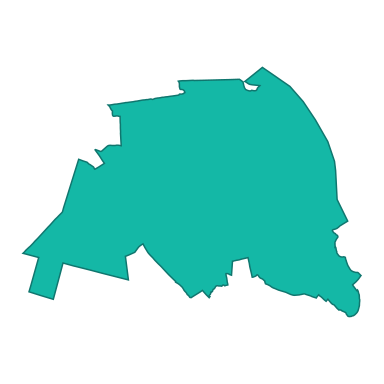 the district of Falcoiu, Olt, Romania
{"feature_id": "2599482B90480034869987", "entity_name": "Falcoiu", "entity_type": "district", "adm_level": 2, "iso_a3": "ROU", "parent_name": "Romania", "parent_adm1": "Olt", "projection": "orthographic", "projection_center": [24.388, 44.224], "detail": "fine", "context": "isolated", "style": "filled", "palette": "teal", "viewbox_px": 384, "rotation_deg": 0, "n_neighbors": 0, "source": "geoboundaries", "source_scale": "gbopen_adm2", "svg_char_len": 5963}
<svg xmlns="http://www.w3.org/2000/svg" viewBox="0 0 384 384"><path d="M345.8,312.7L346.4,314.2L346.9,314.8L347.4,315.6L347.6,315.8L347.9,316.2L348.3,316.4L349.3,316.6L351.3,316.4L352.3,315.9L353.4,315.7L353.9,315.4L355.0,314.6L356.6,313.0L357.2,312.2L357.9,311.0L358.1,310.5L358.5,309.2L359.4,305.6L359.5,302.9L359.7,301.1L359.7,300.2L359.7,299.6L359.5,299.0L359.4,298.7L359.3,295.8L359.2,294.8L358.7,293.5L358.1,291.1L357.5,290.0L356.9,290.7L356.3,290.0L352.9,285.4L352.6,284.8L355.9,281.9L358.1,279.5L359.1,278.2L361.0,275.5L360.4,275.1L360.0,274.5L359.0,273.6L358.6,273.1L358.0,272.6L357.4,272.4L355.7,272.4L353.2,271.7L351.9,271.0L351.2,270.6L350.9,270.3L349.9,269.0L347.8,265.4L347.5,264.6L346.9,262.9L346.5,261.8L346.3,260.9L345.9,260.0L345.8,259.4L345.6,259.0L345.4,257.6L345.3,257.4L345.1,257.2L344.6,257.0L343.5,256.8L342.7,257.0L341.9,257.0L341.1,256.9L339.8,256.4L338.9,255.8L337.7,254.2L336.9,253.0L336.7,252.1L336.8,251.8L336.8,251.6L336.5,251.0L336.2,249.8L335.9,247.8L335.4,246.8L335.0,247.1L335.1,245.8L335.0,244.7L335.0,243.8L334.9,243.8L334.9,242.8L335.0,242.2L335.9,240.2L336.9,238.4L337.4,237.9L337.8,237.3L337.9,236.8L337.8,236.1L337.3,235.3L337.0,235.1L336.5,235.0L336.1,234.7L335.8,234.2L335.3,233.6L334.5,233.2L333.9,232.8L333.2,232.0L332.4,230.8L332.4,230.7L332.4,230.2L332.8,229.9L333.2,229.6L335.5,229.0L336.9,228.4L337.2,228.2L339.0,226.8L339.6,226.1L347.7,221.1L337.1,199.5L335.6,170.6L334.5,161.3L327.8,141.6L315.4,119.9L303.2,101.6L289.9,86.4L262.4,67.4L244.8,81.5L245.7,81.9L248.5,83.8L249.3,84.2L249.9,84.4L252.2,84.8L259.9,85.6L259.5,86.1L258.2,87.3L257.4,88.2L257.2,88.6L257.2,89.1L256.8,89.8L255.9,90.6L254.2,90.8L251.7,90.3L250.7,90.9L249.2,90.9L247.3,90.3L245.6,89.5L244.6,88.0L243.9,86.0L243.1,82.4L242.7,81.6L242.2,81.3L240.5,80.0L239.4,79.3L230.7,79.6L203.4,80.3L194.1,80.5L193.2,80.3L185.6,80.7L182.5,80.7L179.1,81.0L178.3,81.2L178.8,81.9L179.2,82.4L179.4,84.1L179.4,86.8L180.0,89.1L180.7,89.5L181.2,89.5L181.7,89.4L182.7,89.7L183.4,90.0L184.1,90.6L184.7,91.8L184.9,92.6L184.2,92.8L183.6,93.6L181.7,94.1L181.2,94.2L179.9,94.0L179.3,94.3L178.7,95.1L172.7,96.0L169.5,96.4L167.8,96.7L165.6,96.9L163.2,97.3L162.1,97.3L160.4,97.7L159.2,97.9L158.1,98.0L157.6,98.0L157.4,98.1L156.0,98.3L154.6,98.6L153.2,99.3L152.6,99.4L152.3,99.4L151.4,99.1L150.6,99.0L147.7,99.6L146.5,99.6L144.9,99.9L143.1,100.0L141.2,100.3L140.8,100.4L137.0,101.1L135.2,101.3L132.7,101.8L130.0,102.1L127.3,102.5L125.4,102.6L124.4,102.9L123.3,103.0L119.8,103.6L116.6,104.1L114.6,104.2L111.4,104.8L109.3,105.1L108.7,105.0L108.1,105.0L108.5,105.5L109.3,106.1L109.5,106.3L110.1,107.4L110.3,108.0L110.7,108.6L110.8,109.0L111.2,109.4L111.3,109.8L111.9,110.4L112.5,111.0L112.4,111.4L112.4,111.6L112.4,112.7L112.3,113.0L112.4,113.8L112.5,114.9L112.6,115.3L112.9,115.8L113.4,116.2L113.9,116.2L115.0,116.2L116.2,115.9L116.9,115.9L118.0,116.0L119.4,116.4L120.1,116.4L120.2,121.9L120.3,123.5L120.4,124.0L120.4,128.2L120.6,132.1L120.5,133.1L121.2,145.7L120.4,145.6L119.0,145.3L117.6,145.2L116.6,145.2L115.1,145.5L112.4,145.5L110.1,145.3L109.3,145.4L108.6,145.5L107.7,145.9L106.9,146.5L101.7,151.1L101.1,151.4L100.5,151.4L95.5,149.6L95.1,149.9L99.5,155.9L102.6,160.8L104.4,163.3L103.1,164.2L98.6,167.1L94.9,169.2L94.5,169.0L93.8,167.4L93.4,166.9L90.2,164.7L88.6,163.8L87.6,162.7L87.0,162.2L83.0,160.9L78.7,159.3L63.5,208.0L62.5,211.8L61.9,212.6L59.0,215.5L57.3,217.3L55.1,219.4L50.8,224.2L49.9,225.2L49.9,225.3L48.7,226.4L44.3,231.2L37.6,238.5L34.8,241.3L33.1,243.3L30.0,246.5L29.0,247.3L25.6,250.5L24.6,251.8L23.0,253.3L38.7,257.5L31.0,285.0L29.0,291.8L41.0,295.6L53.3,299.3L60.0,274.3L63.0,263.0L74.2,266.1L74.8,266.2L91.1,270.3L102.4,273.3L128.4,279.9L125.4,256.3L125.8,256.2L129.0,254.9L134.8,252.3L138.2,247.6L138.9,246.8L139.7,246.1L141.5,244.8L143.0,243.9L145.0,247.7L147.6,252.0L148.5,253.3L150.4,255.4L152.8,257.8L154.8,260.2L158.3,263.8L160.2,265.6L161.4,266.8L165.6,271.4L168.5,274.5L175.4,281.2L175.7,281.4L175.7,281.6L175.5,281.8L175.5,282.1L175.8,282.3L178.2,283.7L179.8,284.9L182.3,287.3L183.4,289.0L184.0,290.2L184.8,291.2L185.9,292.3L186.7,293.4L187.2,294.5L187.8,295.0L188.1,295.1L188.6,295.7L189.2,296.3L189.6,297.1L189.9,297.4L190.1,297.5L190.9,297.6L191.3,297.6L192.4,296.8L200.3,291.9L202.4,290.4L206.2,294.7L209.2,297.7L209.5,297.3L209.9,296.6L209.6,296.5L209.4,296.3L209.3,296.1L209.2,295.7L209.4,295.3L209.7,295.0L210.4,294.2L210.6,293.8L210.7,293.2L210.6,292.9L211.2,291.7L211.5,291.7L211.6,292.1L212.1,291.7L212.6,291.1L212.7,290.8L212.8,290.0L213.4,289.2L213.8,289.1L214.5,288.5L214.7,288.2L215.4,286.9L215.7,286.5L216.4,285.9L216.6,285.8L217.3,285.7L219.0,286.0L220.6,285.9L221.1,286.2L221.4,286.2L221.9,286.1L222.5,285.3L223.0,285.1L223.5,285.0L223.9,285.1L224.5,285.7L224.9,285.8L225.8,285.4L227.1,285.1L227.8,285.0L227.8,284.5L227.7,283.8L227.2,281.9L227.1,280.9L226.7,277.9L226.1,275.4L226.0,274.7L225.9,273.9L226.0,273.6L227.6,273.6L227.8,273.7L228.5,273.8L229.3,274.4L230.3,274.8L231.5,275.2L232.5,261.2L233.1,261.2L234.2,260.8L235.8,260.5L236.8,260.2L237.2,260.2L239.0,259.9L241.6,259.1L245.1,258.3L248.0,257.6L249.3,263.4L249.8,266.7L251.4,273.4L252.2,277.2L253.1,277.1L255.2,276.3L256.1,275.8L256.4,275.5L256.6,275.1L257.3,274.9L257.6,274.9L257.9,275.2L258.3,275.6L259.6,277.5L261.0,278.4L262.5,279.0L264.9,281.2L264.8,281.8L265.3,283.1L265.4,283.7L265.5,283.8L267.9,284.7L270.0,285.8L270.8,286.4L271.9,287.2L273.2,287.9L274.8,288.5L278.6,290.1L285.9,292.3L289.4,293.9L290.8,294.5L292.9,295.1L294.2,295.3L299.2,294.9L300.5,294.6L301.7,294.4L302.3,294.2L303.6,294.0L303.8,293.9L304.4,293.9L305.2,294.1L305.8,294.4L310.6,295.9L312.0,296.6L316.3,298.0L317.0,296.8L318.7,294.8L319.7,295.9L320.8,296.6L322.3,297.9L322.7,298.3L323.5,299.1L324.0,299.6L326.1,301.3L327.9,299.2L330.9,302.8L331.9,303.8L332.8,304.4L333.8,304.7L334.7,305.6L337.1,308.4L339.0,310.1L339.5,309.8L339.9,309.8L341.0,310.2L341.6,310.5L341.9,310.9L342.3,311.0L343.1,311.4L343.7,311.6L345.3,312.4L345.8,312.7Z" fill="#14b8a6" stroke="#0f766e" stroke-width="1.5"/></svg>